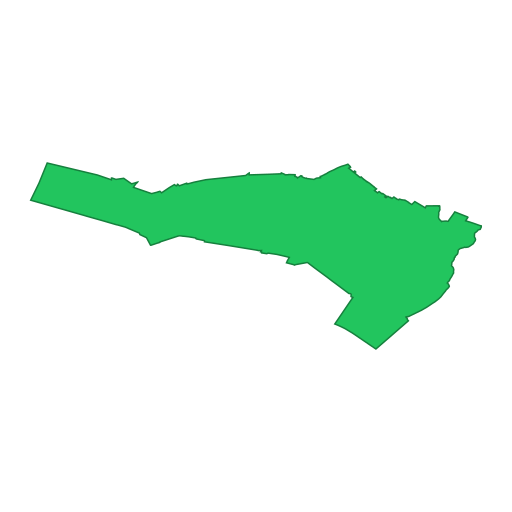 outline of Beverwijk, Noord-Holland, Netherlands
{"feature_id": "6326949B38309574133073", "entity_name": "Beverwijk", "entity_type": "district", "adm_level": 2, "iso_a3": "NLD", "parent_name": "Netherlands", "parent_adm1": "Noord-Holland", "projection": "equal_earth", "projection_center": [4.669, 52.479], "detail": "fine", "context": "isolated", "style": "filled", "palette": "green", "viewbox_px": 512, "rotation_deg": 0, "n_neighbors": 0, "source": "geoboundaries", "source_scale": "gbopen_adm2", "svg_char_len": 5718}
<svg xmlns="http://www.w3.org/2000/svg" viewBox="0 0 512 512"><path d="M375.9,349.0L378.9,346.4L408.4,320.8L407.4,319.6L407.1,318.2L406.4,317.8L405.9,317.0L406.4,316.8L407.3,316.6L408.0,316.6L408.6,316.5L419.9,311.0L421.4,310.3L423.6,309.0L426.6,307.3L432.4,303.4L435.1,301.7L436.1,300.9L438.8,298.8L439.7,297.9L440.8,296.9L442.5,294.7L443.1,293.9L445.5,291.0L446.1,290.0L448.1,288.1L449.0,286.9L449.2,286.6L449.2,286.4L449.3,286.2L449.2,285.9L448.9,285.1L448.7,284.8L448.5,284.4L447.7,283.2L447.3,283.0L448.3,281.6L448.6,281.3L449.2,280.9L449.4,280.7L449.5,280.4L449.6,279.9L449.8,279.5L450.3,278.6L451.7,276.5L452.1,275.7L452.8,274.3L453.1,273.8L453.4,273.4L453.6,273.0L453.6,272.5L453.5,272.0L453.5,271.8L453.7,270.2L453.8,269.7L453.4,268.1L453.3,267.9L453.2,267.7L452.8,267.2L452.5,266.7L451.7,266.1L451.5,265.8L451.5,265.7L451.5,265.4L451.7,264.8L451.8,263.6L451.8,262.9L451.9,262.5L451.9,262.3L452.1,262.1L453.1,261.0L454.1,259.4L454.2,258.6L454.3,257.9L454.4,257.7L455.0,257.3L455.0,257.1L455.2,256.4L455.3,256.2L457.3,254.2L457.6,253.8L457.7,253.3L457.9,252.6L458.1,251.8L458.1,250.6L458.2,250.3L458.2,250.2L458.8,249.6L459.6,248.9L459.9,248.7L460.4,248.5L462.5,247.9L463.3,247.7L463.6,247.6L464.4,247.3L464.5,247.2L464.7,247.3L464.9,247.3L465.8,247.4L467.7,247.1L468.2,247.0L468.5,246.9L469.7,246.2L473.3,243.7L473.5,243.4L473.6,243.2L474.2,242.1L475.0,241.1L475.2,240.7L475.5,239.7L475.5,239.4L475.4,238.9L475.2,238.4L475.0,237.9L474.5,237.2L474.4,236.2L474.4,235.7L474.5,235.3L474.5,233.8L474.6,233.6L474.7,233.3L474.9,233.0L475.3,232.6L475.7,232.3L476.1,232.1L476.8,231.5L477.5,230.8L477.7,230.4L478.2,230.0L478.8,229.7L479.7,229.5L480.1,229.4L480.3,229.2L480.5,228.8L480.8,228.0L481.2,227.3L481.3,226.3L481.2,225.8L480.5,225.7L479.5,225.4L473.6,223.3L470.8,222.4L470.0,222.1L467.9,221.5L467.2,221.2L466.7,221.1L465.8,220.9L465.6,220.8L467.9,217.4L467.7,217.0L458.1,213.2L454.8,211.9L454.4,212.5L453.5,213.8L453.4,214.0L449.3,219.6L448.3,221.1L448.2,221.3L447.3,221.3L446.6,221.1L445.5,221.1L444.9,221.1L442.8,221.3L442.3,221.3L442.2,221.3L441.6,221.6L440.8,220.7L440.0,220.0L439.5,219.5L438.8,218.5L438.6,217.9L438.5,217.6L438.6,217.1L438.5,216.0L438.7,215.4L438.7,215.1L438.8,214.2L438.7,212.7L438.7,212.4L438.8,212.2L439.0,211.7L439.9,209.8L439.9,209.6L439.8,208.8L439.8,207.7L439.8,206.6L439.7,206.5L439.4,206.4L438.9,206.3L439.2,205.8L426.8,205.9L426.7,205.9L426.3,205.9L425.3,207.8L414.8,201.6L411.8,204.5L408.8,202.7L408.7,202.6L408.7,202.4L404.9,200.1L404.7,200.3L403.5,200.0L402.0,199.8L401.4,199.7L400.5,199.4L399.6,199.1L398.8,199.8L398.3,199.5L398.1,199.4L397.8,199.4L397.3,199.4L397.2,199.4L396.6,198.9L396.4,198.8L396.4,198.7L396.0,198.4L395.9,198.5L393.9,197.0L392.0,198.5L390.5,197.4L390.2,197.7L389.7,197.4L387.9,196.3L386.5,197.4L386.4,197.3L385.9,197.7L384.8,196.9L386.0,195.9L382.7,193.5L382.4,193.6L382.2,193.7L382.0,193.8L379.1,191.6L377.5,192.8L376.4,192.0L376.5,192.0L374.5,190.5L376.5,188.9L375.9,188.4L373.9,187.0L373.8,186.8L373.9,186.7L371.4,184.9L371.5,184.8L369.6,183.3L368.3,182.4L368.2,182.4L367.3,181.8L367.2,182.0L366.7,181.7L366.8,181.6L366.1,181.1L366.0,180.9L364.4,179.8L363.7,179.2L363.6,179.3L362.5,178.2L362.4,178.1L361.1,176.9L360.1,177.5L354.5,172.9L355.7,172.0L354.7,171.0L353.4,171.9L353.2,171.9L350.2,169.4L350.0,169.2L348.7,168.2L350.5,167.2L349.7,166.3L349.9,166.2L347.9,164.2L345.5,165.1L345.4,165.1L345.2,165.2L341.8,166.2L339.9,166.9L338.5,167.5L337.1,168.1L334.1,169.7L332.8,170.3L331.6,170.8L329.8,171.6L329.0,172.0L328.0,172.7L327.8,172.7L327.2,173.1L327.1,173.3L326.7,173.5L325.7,174.0L325.3,174.3L325.1,174.2L324.9,174.4L321.5,176.1L321.4,176.1L321.2,176.2L321.1,176.3L320.2,176.5L320.5,177.7L319.6,177.8L316.7,178.1L316.0,178.4L315.9,178.4L315.1,178.8L314.2,179.4L313.8,179.4L306.8,178.5L306.3,178.1L306.0,178.3L305.8,178.3L305.5,178.2L303.7,177.6L301.8,176.6L301.9,176.0L300.9,175.7L298.3,177.5L297.1,177.3L297.1,177.6L296.0,176.6L294.9,176.4L295.2,174.8L295.1,174.7L288.7,174.5L288.4,174.7L285.8,174.8L285.2,174.9L284.8,174.4L281.3,172.9L281.0,173.8L268.4,174.3L258.7,174.6L249.2,174.9L249.2,173.0L248.6,173.3L245.7,175.5L205.9,179.7L194.0,182.2L189.6,183.4L187.0,184.0L186.7,183.2L179.3,185.8L177.8,184.3L177.6,184.2L177.4,184.3L177.2,184.8L177.1,185.3L177.0,185.5L176.5,185.8L176.3,185.9L176.2,185.9L174.4,184.6L169.3,187.6L161.6,192.8L159.9,191.3L157.9,191.9L157.9,192.0L151.6,193.6L133.5,187.4L134.4,185.8L134.9,185.2L135.4,184.4L135.9,183.8L137.1,182.7L137.5,182.3L137.6,182.1L133.6,183.3L131.5,183.8L123.7,178.3L115.9,179.4L112.0,178.0L111.5,178.0L111.4,179.8L97.4,175.0L47.2,163.0L39.0,183.1L30.7,200.2L84.4,215.5L86.7,216.2L103.0,220.8L116.3,224.7L117.4,224.9L120.6,225.8L125.2,227.1L126.5,227.6L127.7,228.1L128.5,228.5L139.4,233.1L139.9,234.6L140.8,235.0L146.5,237.7L150.4,245.0L150.5,245.2L151.1,245.2L158.6,242.7L158.7,242.8L159.8,242.4L159.8,242.0L177.7,236.2L179.2,235.8L180.9,235.9L182.9,236.2L184.4,236.3L188.7,236.8L195.7,238.0L195.7,238.3L195.9,238.6L196.3,238.9L196.6,239.0L198.6,239.4L204.2,240.6L204.4,240.7L204.6,241.0L204.6,241.3L204.5,241.8L228.2,245.5L256.4,250.1L257.8,250.4L258.2,250.6L261.4,250.5L260.7,251.8L261.0,251.8L261.3,251.8L261.5,251.8L261.5,252.0L261.6,252.4L261.6,252.9L266.7,253.7L267.6,253.4L267.8,253.3L268.0,253.1L276.8,254.4L281.6,255.5L287.1,256.8L289.3,257.4L288.0,259.7L287.4,260.7L286.9,261.9L286.5,262.8L294.6,264.9L294.6,265.0L296.2,264.5L297.4,264.3L306.7,262.6L307.5,262.5L314.7,268.0L327.3,277.3L332.1,281.0L333.9,282.3L348.9,293.5L350.6,293.7L351.0,294.2L351.2,294.5L351.2,295.0L351.1,295.5L351.0,295.9L351.0,296.5L351.3,296.8L352.9,297.4L334.8,324.0L337.8,325.2L341.1,326.7L344.6,328.4L346.2,329.3L349.5,331.3L352.2,332.9L375.9,349.0Z" fill="#22c55e" stroke="#15803d" stroke-width="1.5"/></svg>